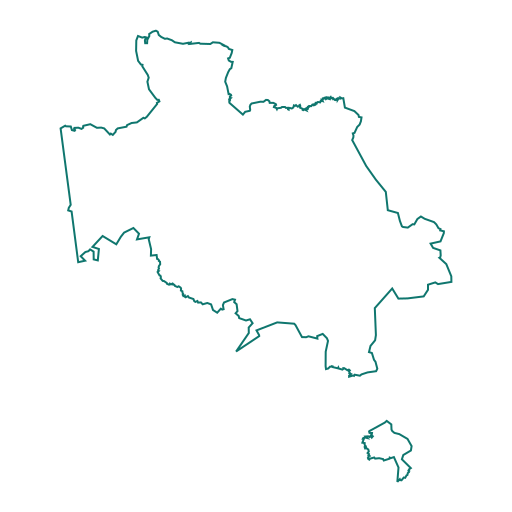 outline of Lažas pag., Aizputes, Latvia
{"feature_id": "27541924B50720776256607", "entity_name": "Lažas pag.", "entity_type": "district", "adm_level": 2, "iso_a3": "LVA", "parent_name": "Latvia", "parent_adm1": "Aizputes", "projection": "orthographic", "projection_center": [21.55, 56.777], "detail": "fine", "context": "isolated", "style": "outline", "palette": "teal", "viewbox_px": 512, "rotation_deg": 0, "n_neighbors": 0, "source": "geoboundaries", "source_scale": "gbopen_adm2", "svg_char_len": 5993}
<svg xmlns="http://www.w3.org/2000/svg" viewBox="0 0 512 512"><path d="M60.6,128.4L70.7,204.8L68.8,207.8L68.2,210.4L71.6,211.5L78.2,262.2L85.1,260.7L80.7,256.2L85.4,252.0L88.4,251.2L90.1,249.4L93.6,251.6L93.7,259.4L97.8,260.4L98.9,249.0L92.5,246.9L102.6,236.0L116.3,244.3L120.9,236.7L124.1,232.6L133.4,228.0L139.0,233.7L137.0,239.4L149.3,237.3L148.7,239.1L151.1,249.2L150.9,255.6L156.6,255.0L157.1,258.9L158.1,259.2L159.0,260.4L158.9,261.0L160.0,261.7L160.2,264.2L158.9,266.1L158.6,267.5L159.0,268.4L158.1,270.1L158.2,270.8L158.7,271.0L157.6,272.0L159.5,275.4L160.4,275.6L160.9,277.0L160.6,278.4L162.7,280.9L164.1,281.1L166.8,283.0L167.0,283.8L169.0,284.7L169.8,283.6L170.8,284.4L172.6,283.5L173.1,284.0L172.8,284.5L174.4,284.8L174.9,285.9L177.4,287.0L178.7,286.3L180.7,287.7L181.1,288.7L180.9,290.5L182.4,291.3L182.5,292.8L183.2,294.0L182.7,294.8L183.4,296.1L184.8,295.5L185.1,297.0L185.6,297.3L187.9,296.1L188.9,297.5L193.4,299.0L194.3,301.2L195.4,301.9L197.4,301.0L198.1,302.6L200.9,302.4L202.7,304.3L207.3,303.0L211.1,304.4L213.0,310.0L217.2,312.7L220.8,308.7L222.2,309.6L223.6,309.2L222.9,305.1L224.0,302.5L232.4,299.1L235.0,299.7L234.2,302.1L236.6,304.2L237.5,311.1L235.6,313.3L238.7,316.0L239.2,318.1L246.0,320.5L250.0,319.3L252.6,323.2L248.7,327.5L248.8,333.0L236.1,351.5L259.2,336.1L259.1,335.1L256.5,330.4L277.2,322.4L294.2,323.7L295.5,325.1L302.0,337.1L306.2,337.2L308.5,336.3L317.4,338.6L317.2,336.1L322.7,333.9L326.9,338.2L328.0,340.9L325.7,351.7L325.6,366.1L326.0,369.1L328.2,368.5L330.0,366.7L331.4,366.7L331.7,366.2L332.7,366.4L332.8,367.1L337.8,368.3L338.3,367.5L338.6,368.5L342.4,369.6L343.5,368.7L343.4,368.1L344.1,368.1L347.4,370.2L348.9,369.6L349.8,370.4L348.9,371.3L349.7,372.7L349.4,373.2L351.0,374.0L349.1,375.6L349.1,376.7L353.1,375.5L354.0,375.9L354.7,374.7L359.9,375.7L361.5,374.4L367.6,372.4L376.1,371.2L377.3,368.7L375.5,361.8L374.0,359.8L371.9,353.0L369.0,352.1L370.5,345.9L375.1,340.3L375.9,335.1L374.8,308.1L392.2,288.5L398.4,298.6L407.5,298.4L423.7,296.4L428.0,289.8L428.0,284.7L435.3,282.4L438.0,284.1L451.4,281.9L451.3,276.3L446.3,264.1L439.4,257.8L440.2,257.4L440.7,255.4L440.4,250.4L433.1,247.9L430.6,243.6L440.5,241.4L443.8,233.2L443.9,231.3L440.2,230.4L440.5,229.1L438.5,228.2L436.3,224.4L434.0,222.1L424.7,218.8L420.9,216.5L417.4,219.0L414.3,224.4L412.6,224.2L407.8,227.6L403.0,227.0L401.9,226.3L399.9,220.9L397.9,213.0L387.8,210.2L385.8,191.9L375.8,179.6L366.2,166.0L352.2,140.1L353.3,137.5L353.5,135.7L352.8,133.4L354.5,132.9L357.2,127.0L359.6,124.6L360.9,121.3L361.5,117.4L358.9,116.9L358.5,115.0L354.4,111.1L344.9,107.6L343.3,98.2L341.9,98.4L340.2,97.4L340.1,98.6L338.6,98.5L337.7,99.9L337.7,98.3L336.3,99.0L335.8,100.1L334.9,100.0L333.3,98.3L332.9,98.9L332.2,97.9L331.3,98.2L330.7,96.9L330.1,97.4L330.2,98.4L329.6,98.4L329.7,99.1L328.2,98.7L328.5,98.0L328.1,97.5L326.9,98.4L327.1,97.4L326.7,97.2L325.8,97.4L326.2,98.2L325.7,98.8L325.1,97.8L324.1,97.9L323.7,98.8L322.7,98.5L322.3,99.8L322.6,100.7L321.5,100.0L321.5,101.1L320.6,101.0L320.1,102.4L317.9,102.0L317.0,102.5L316.8,103.3L315.6,102.9L315.3,103.8L315.6,104.5L314.8,105.0L314.4,104.4L313.6,105.0L313.4,104.4L312.4,104.6L311.3,106.1L309.2,106.0L309.2,106.7L308.0,106.8L308.1,107.3L306.6,108.1L307.9,108.5L307.7,109.1L306.2,109.2L305.8,109.6L306.2,110.3L304.4,109.5L303.2,110.2L302.7,109.9L303.0,109.0L300.1,107.7L300.3,106.0L299.9,104.9L299.3,105.3L299.5,106.0L297.7,106.7L296.0,105.1L295.0,105.9L293.9,105.4L293.3,107.5L291.8,108.5L289.7,107.9L288.6,108.7L288.6,109.6L288.0,109.3L288.0,107.8L285.9,107.9L285.0,107.0L282.0,107.0L281.0,107.8L277.3,108.3L276.9,109.2L276.2,107.9L273.9,107.1L274.2,106.1L276.1,104.9L275.8,104.1L273.4,102.9L269.7,102.9L269.4,101.3L267.8,100.0L266.0,99.9L263.5,101.8L260.4,101.7L251.6,103.5L250.4,104.8L249.8,106.6L250.2,109.9L249.8,110.8L245.2,111.8L242.9,114.6L229.5,102.9L229.2,101.8L229.9,100.5L229.3,100.0L229.8,99.5L229.4,99.1L230.8,98.0L229.9,97.7L229.9,96.4L231.2,95.5L230.9,94.7L229.5,93.9L228.6,94.1L227.1,86.4L225.2,81.7L225.9,77.9L228.2,72.1L229.8,69.2L231.3,68.2L232.7,61.9L231.0,61.8L228.8,60.5L228.1,58.4L229.8,57.8L231.7,53.0L232.3,50.0L228.8,48.9L228.1,47.5L226.5,46.4L224.2,45.9L223.1,45.3L223.6,45.0L219.4,42.8L212.9,42.3L210.3,44.0L200.3,43.7L199.0,42.9L190.3,43.9L190.6,42.6L188.7,43.7L188.6,42.7L183.0,43.8L174.9,42.3L171.8,40.2L167.1,38.5L164.9,38.8L161.3,37.0L158.8,35.0L157.7,31.7L155.9,30.7L152.6,31.7L149.2,34.0L149.3,36.1L147.3,39.8L147.1,43.2L145.2,43.2L144.9,40.7L145.2,39.2L146.6,37.5L144.7,37.0L142.2,37.6L138.0,36.0L136.3,40.4L136.1,50.9L138.1,60.8L140.9,64.5L142.5,64.8L142.3,66.3L147.8,75.0L148.7,77.7L147.4,81.7L149.0,89.3L155.3,97.8L157.3,99.9L158.8,99.8L159.4,101.4L156.9,102.9L157.1,104.0L146.8,116.8L144.8,118.4L143.4,117.8L136.9,122.4L131.6,123.0L127.1,125.1L126.5,126.7L117.7,128.4L115.9,130.1L115.6,131.8L112.8,134.9L110.8,133.6L109.9,134.5L104.2,128.4L101.2,127.6L96.9,127.8L90.3,124.2L83.4,125.8L83.1,126.2L83.2,127.7L81.5,128.9L78.4,127.7L74.4,127.9L74.1,128.7L75.1,130.1L74.6,130.8L71.9,130.1L70.8,126.5L65.9,126.3L65.2,125.7L60.6,128.4ZM392.2,431.0L391.5,429.6L391.3,424.4L386.7,420.9L384.8,422.6L369.3,431.1L369.1,431.6L369.5,432.9L372.0,433.0L371.6,435.5L372.8,436.3L371.8,437.5L370.7,435.6L369.6,437.1L368.2,436.3L365.6,436.5L367.1,438.0L364.9,437.5L363.2,438.1L362.9,438.7L363.9,438.7L362.4,442.7L364.7,443.1L364.6,444.5L365.2,445.9L364.6,446.9L364.8,447.5L365.9,446.7L366.1,447.3L365.7,448.4L366.5,448.3L368.3,449.5L368.8,451.4L367.6,453.0L368.9,454.0L368.7,454.5L369.5,455.7L368.4,455.8L368.6,456.9L367.9,457.9L368.4,459.1L369.3,459.6L369.8,458.7L374.2,457.5L375.1,458.6L379.2,458.2L383.1,459.1L383.8,460.5L389.5,458.7L389.7,457.6L390.9,458.1L393.9,457.1L398.5,467.5L397.4,481.1L397.9,481.3L399.8,479.2L400.2,480.1L401.5,480.3L403.8,477.5L405.2,477.8L406.5,475.4L407.4,475.0L407.8,473.0L408.9,472.1L408.5,470.7L409.0,470.6L408.8,470.3L409.1,469.3L410.8,468.1L401.9,459.3L403.3,455.0L410.9,450.5L411.6,446.1L407.5,438.9L399.3,434.1L394.4,432.9L392.2,431.0Z" fill="none" stroke="#0f766e" stroke-width="2"/></svg>